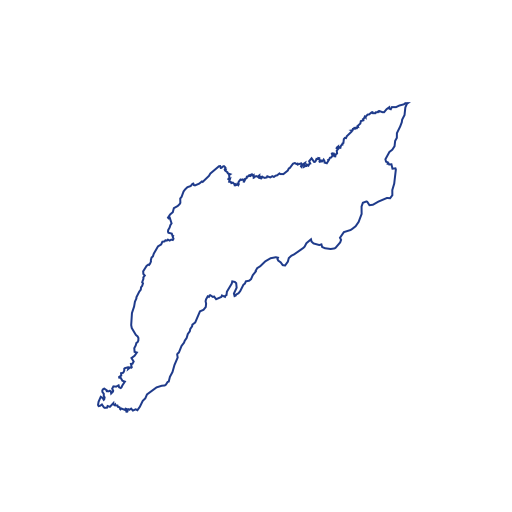 the district of Buhigwe, Kigoma, United Republic of Tanzania, rotated 26°
{"feature_id": "72390352B43433883631580", "entity_name": "Buhigwe", "entity_type": "district", "adm_level": 2, "iso_a3": "TZA", "parent_name": "United Republic of Tanzania", "parent_adm1": "Kigoma", "projection": "equal_earth", "projection_center": [29.939, -4.477], "detail": "fine", "context": "isolated", "style": "outline", "palette": "blue", "viewbox_px": 512, "rotation_deg": 26, "n_neighbors": 0, "source": "geoboundaries", "source_scale": "gbopen_adm2", "svg_char_len": 6101}
<svg xmlns="http://www.w3.org/2000/svg" viewBox="0 0 512 512"><g transform="rotate(26 256 256)"><path d="M323.2,214.8L323.9,213.8L325.7,206.9L325.4,204.2L323.5,202.8L324.5,196.0L329.6,191.2L330.6,189.5L332.5,185.6L333.3,180.4L332.5,171.9L329.2,165.3L328.7,161.3L331.3,158.6L332.2,158.5L335.7,160.6L338.6,158.7L342.2,153.4L348.3,146.4L351.2,145.3L351.9,141.6L349.6,137.0L348.5,130.4L343.8,117.0L342.9,116.1L340.4,117.7L337.5,114.2L335.6,115.4L334.6,114.7L333.9,115.3L333.4,114.1L331.5,114.2L329.9,112.3L330.3,104.0L331.9,100.7L332.4,96.6L330.6,91.5L330.8,88.1L328.8,83.8L328.8,76.4L328.4,71.9L327.6,69.4L327.7,64.2L325.1,57.0L324.9,53.0L325.4,52.1L323.2,53.2L322.5,54.8L318.9,57.9L316.6,60.8L312.8,62.7L312.8,65.0L311.1,65.1L310.5,64.0L309.0,66.8L308.1,70.6L306.7,71.3L303.5,71.6L303.2,72.6L302.6,72.3L301.9,73.7L300.6,74.4L300.7,75.3L298.2,76.5L297.6,75.7L297.0,76.1L295.6,79.2L294.3,80.0L293.5,82.8L293.8,83.4L292.7,83.0L292.7,85.4L292.2,86.1L293.0,87.0L291.1,88.8L291.7,91.2L290.4,94.5L291.0,95.1L290.4,95.2L290.8,96.3L290.6,97.0L289.7,96.9L289.4,97.7L289.0,97.3L288.3,97.7L288.7,98.4L287.4,99.3L287.7,100.7L287.0,101.2L287.5,101.2L287.3,102.5L285.1,108.5L285.2,110.6L284.1,110.9L283.7,112.4L285.0,116.1L284.4,117.0L284.9,118.0L284.3,118.5L284.0,120.1L284.4,121.7L283.5,121.8L283.2,122.5L282.9,121.8L282.1,122.3L281.8,121.6L281.1,123.1L281.2,123.7L283.0,123.5L282.4,125.9L283.9,128.3L283.1,129.8L283.6,131.7L282.7,132.0L281.1,129.8L279.5,130.3L279.3,130.8L280.8,132.1L280.4,134.5L279.4,135.3L279.4,137.5L278.8,138.1L279.3,138.5L279.0,141.6L276.7,142.0L276.1,140.8L274.5,139.7L274.1,141.9L273.1,142.5L272.7,142.0L271.7,144.1L271.7,141.9L270.5,141.3L270.0,140.3L269.4,140.5L270.0,141.0L269.4,141.8L267.8,142.2L268.0,144.4L267.6,145.7L267.0,146.0L263.1,143.8L262.2,147.5L264.2,149.1L263.6,149.7L263.5,151.8L261.7,151.5L261.9,153.0L261.1,153.3L260.1,154.7L259.3,150.8L257.9,153.2L257.9,156.0L257.1,155.7L257.0,153.5L256.0,152.9L253.4,155.5L252.8,154.8L251.9,155.6L250.2,155.4L248.8,156.8L247.8,162.1L247.1,162.9L247.1,165.3L244.7,170.4L241.9,171.7L240.9,171.5L239.6,174.3L238.4,175.2L237.4,177.1L235.7,177.1L234.4,179.1L231.2,179.4L231.2,180.7L229.5,182.0L227.4,182.1L227.0,183.0L226.5,182.3L226.1,182.9L225.3,182.8L224.7,183.6L225.5,184.2L224.4,184.4L223.6,182.2L222.7,184.1L221.5,184.0L220.1,185.0L220.1,186.0L219.6,186.6L218.4,184.3L217.9,185.1L216.6,184.4L216.0,186.6L214.8,186.9L214.8,186.2L214.2,186.8L214.2,187.7L213.0,188.7L213.5,189.8L212.7,191.3L212.7,194.4L212.4,194.5L211.7,192.5L211.1,193.4L210.1,193.2L209.4,194.1L208.5,194.1L207.9,196.9L208.4,198.9L209.0,199.0L209.0,200.1L207.5,199.6L207.5,200.5L206.3,201.7L205.9,201.8L205.4,200.5L204.7,200.8L203.0,200.2L201.9,201.3L200.9,200.5L199.3,201.0L198.9,198.6L198.6,199.2L197.4,199.0L197.4,198.5L198.3,198.0L196.3,195.0L197.0,193.8L194.4,194.1L193.7,193.3L190.8,192.7L190.9,191.5L190.0,191.7L189.9,190.1L188.7,189.5L187.8,189.3L187.1,190.0L186.3,191.9L185.7,192.3L184.4,190.9L183.4,191.5L178.8,201.9L178.6,204.6L175.6,212.8L174.7,212.7L173.2,215.9L170.2,219.3L169.1,219.5L167.9,218.4L167.3,219.0L166.6,221.8L164.2,224.2L163.1,227.2L162.6,229.7L163.2,235.5L162.7,237.5L164.7,241.4L164.6,242.9L163.7,245.4L161.2,249.0L162.0,253.1L160.6,256.3L160.1,260.1L161.1,260.5L161.8,259.5L165.8,263.7L165.5,265.8L165.9,268.3L165.7,271.2L166.3,272.8L167.1,273.5L170.5,272.8L171.7,274.1L172.7,274.3L172.6,275.1L174.3,276.7L174.2,278.1L172.7,278.4L171.6,280.0L169.6,279.9L169.1,281.3L167.7,281.6L167.4,283.0L165.6,284.2L165.7,287.2L163.7,290.3L163.1,298.7L163.5,301.6L162.8,303.1L163.3,305.8L164.0,307.0L164.1,309.4L163.8,310.9L163.0,310.9L162.0,312.8L161.3,319.2L162.6,321.5L164.6,322.3L164.1,324.6L164.8,325.8L165.2,329.5L166.4,330.1L166.8,332.8L166.4,334.5L167.2,336.8L166.7,339.2L166.6,345.5L167.1,346.6L167.2,350.1L168.6,354.9L169.5,361.6L174.1,372.8L175.9,375.2L182.6,379.6L184.9,380.2L186.3,381.3L187.3,383.6L187.3,385.4L186.6,386.6L187.1,389.1L187.0,392.2L188.9,395.4L191.2,395.0L190.6,398.9L188.8,402.3L192.3,404.5L192.2,407.0L190.9,407.8L193.1,410.5L192.9,411.1L191.7,411.3L190.7,413.5L190.4,411.9L189.9,412.0L187.3,414.3L187.0,415.0L187.8,416.7L187.9,418.4L187.6,419.4L186.1,420.5L187.3,422.5L186.0,424.7L186.4,425.3L187.8,424.8L190.6,426.7L193.2,426.4L192.6,431.0L192.7,432.9L192.3,434.0L190.5,434.0L189.2,432.5L187.6,434.7L185.0,435.7L184.9,438.3L186.7,439.7L186.9,440.6L186.1,443.0L184.9,441.3L183.7,441.2L182.9,442.2L181.2,442.9L180.9,442.2L177.7,441.7L176.8,443.1L176.9,444.5L177.6,445.6L179.5,446.5L180.6,448.6L181.9,449.4L182.4,451.4L182.2,452.0L180.5,450.9L178.2,450.6L178.4,456.0L179.3,459.1L180.4,459.9L181.6,458.9L182.6,457.0L185.6,458.7L186.6,458.8L188.6,457.6L188.4,455.9L190.8,455.6L192.3,450.8L192.9,451.9L194.2,452.0L194.5,451.3L194.9,452.0L197.0,451.1L198.0,452.1L199.6,451.8L201.4,453.2L201.2,454.2L201.8,452.1L205.6,451.8L205.7,450.4L206.6,450.3L207.7,452.7L208.3,452.6L208.6,452.1L207.8,450.2L208.5,449.6L209.6,449.7L210.7,447.9L213.1,448.9L215.1,446.5L217.0,446.6L217.7,442.4L217.7,435.8L218.9,432.5L218.7,428.2L224.2,417.7L228.2,413.9L230.7,412.4L231.4,411.2L231.8,407.9L232.6,407.1L231.6,402.3L231.8,396.9L230.5,389.7L230.1,381.6L228.3,379.0L228.3,378.0L229.0,376.6L228.5,369.4L229.3,365.5L229.1,363.3L229.6,360.1L228.9,356.0L229.5,352.7L228.9,350.3L229.4,347.2L228.9,345.6L230.5,342.4L229.9,330.3L232.4,327.4L233.2,323.9L232.1,320.8L230.5,318.7L230.1,316.9L230.3,313.4L231.6,313.4L231.6,311.7L232.0,311.3L235.2,311.7L236.1,310.8L239.1,312.3L242.8,308.0L242.7,306.4L246.0,306.3L245.8,305.3L246.6,304.1L245.5,300.8L246.3,291.4L245.8,289.2L248.3,288.6L250.1,289.1L252.5,293.0L252.6,299.4L254.3,301.4L255.1,300.4L255.0,299.4L256.6,297.2L257.2,294.5L257.3,287.3L258.1,285.7L258.0,283.2L260.7,281.2L261.7,279.0L261.5,274.6L262.6,269.9L262.2,269.6L262.4,266.4L264.3,263.3L266.7,256.7L270.1,251.6L274.4,248.4L276.5,247.9L276.6,249.3L278.0,250.4L281.0,250.9L284.0,252.5L286.3,251.8L287.1,247.1L286.4,243.5L287.7,240.2L289.5,237.9L295.0,228.0L295.6,226.3L295.7,222.4L298.1,216.9L299.6,218.7L302.2,219.5L308.1,218.4L309.7,216.9L311.5,218.9L314.5,218.8L320.0,217.0L323.2,214.8Z" fill="none" stroke="#1e3a8a" stroke-width="2"/></g></svg>